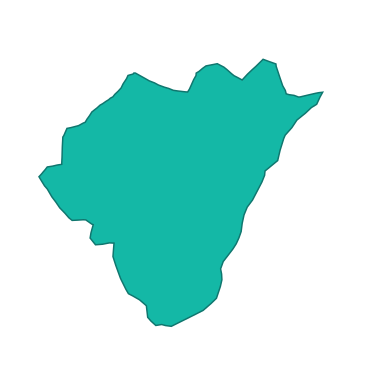 Al-Hamdaniya, Ninawa, Iraq (Robinson projection), rotated 349°
{"feature_id": "34846034B85609080446552", "entity_name": "Al-Hamdaniya", "entity_type": "district", "adm_level": 2, "iso_a3": "IRQ", "parent_name": "Iraq", "parent_adm1": "Ninawa", "projection": "robinson", "projection_center": [43.429, 36.19], "detail": "fine", "context": "isolated", "style": "filled", "palette": "teal", "viewbox_px": 384, "rotation_deg": 349, "n_neighbors": 0, "source": "geoboundaries", "source_scale": "gbopen_adm2", "svg_char_len": 1951}
<svg xmlns="http://www.w3.org/2000/svg" viewBox="0 0 384 384"><g transform="rotate(349 192 192)"><path d="M222.0,74.9L218.8,76.1L218.2,78.4L215.1,82.0L212.1,86.3L209.2,90.4L206.8,93.0L204.5,92.4L197.0,90.0L193.0,88.6L188.9,85.9L185.0,83.9L179.5,80.6L176.1,77.8L171.2,74.7L167.5,71.5L163.1,67.8L159.2,64.5L157.7,64.1L156.5,65.0L153.3,65.2L151.4,65.4L149.4,68.2L145.0,72.7L142.3,76.3L138.7,79.0L134.9,81.4L132.5,83.5L129.8,84.3L127.8,85.5L124.6,86.7L121.3,88.2L118.3,89.2L114.7,91.4L112.7,92.4L109.0,94.3L106.0,97.5L102.9,100.4L100.4,103.2L98.3,103.6L93.3,105.2L85.2,105.7L82.4,105.7L81.4,105.7L76.9,112.2L75.7,113.4L73.3,123.0L71.1,132.9L69.8,138.2L69.4,140.0L64.7,139.8L60.1,140.0L54.7,139.8L52.3,141.9L49.0,144.5L48.6,144.9L46.5,146.5L44.7,147.8L45.7,150.6L48.4,157.8L50.5,161.4L53.5,170.0L56.4,175.9L59.2,182.4L63.3,188.7L66.2,193.8L68.9,197.0L74.6,197.8L80.0,198.5L82.4,199.1L87.5,204.4L88.8,205.2L85.0,212.9L83.2,217.8L87.2,225.4L94.2,226.2L101.2,226.2L105.7,227.3L104.1,233.0L102.1,240.3L103.2,249.6L105.3,262.9L105.8,264.9L108.6,275.1L110.2,279.7L114.0,282.7L119.9,287.8L125.5,294.9L124.6,306.6L127.1,310.9L131.0,316.1L137.0,316.3L140.4,318.0L146.1,319.9L152.6,318.1L172.8,312.5L180.4,310.3L189.4,305.1L195.7,301.0L201.8,290.2L204.6,283.9L205.4,278.2L205.4,272.9L209.4,266.2L215.8,260.6L221.2,255.8L225.5,251.3L229.3,246.0L232.7,240.2L235.3,232.3L238.7,224.4L243.3,217.4L249.9,211.4L262.5,195.6L266.5,189.4L266.9,187.9L267.7,185.3L282.1,177.5L286.4,167.9L292.2,157.1L294.3,154.0L302.3,147.9L308.7,141.4L318.5,136.2L325.3,131.9L331.1,129.7L335.8,123.2L339.3,119.0L335.6,118.7L332.1,118.7L326.0,118.9L316.2,119.3L314.7,119.1L310.6,116.6L305.9,115.0L303.2,113.6L303.0,110.1L301.3,105.0L300.1,96.3L298.6,84.7L298.8,82.3L292.5,78.6L287.1,75.3L278.8,80.8L274.3,83.5L269.0,86.9L262.6,91.6L258.7,88.4L255.5,85.9L253.3,83.3L249.4,78.2L247.1,75.5L241.3,70.9L229.8,70.9L225.9,72.7L222.0,74.9Z" fill="#14b8a6" stroke="#0f766e" stroke-width="1.5"/></g></svg>